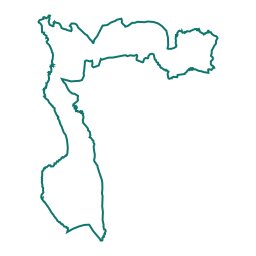 Uvinza, Kigoma, United Republic of Tanzania (Robinson projection)
{"feature_id": "72390352B15676475935925", "entity_name": "Uvinza", "entity_type": "district", "adm_level": 2, "iso_a3": "TZA", "parent_name": "United Republic of Tanzania", "parent_adm1": "Kigoma", "projection": "robinson", "projection_center": [30.139, -5.704], "detail": "fine", "context": "isolated", "style": "outline", "palette": "teal", "viewbox_px": 256, "rotation_deg": 0, "n_neighbors": 0, "source": "geoboundaries", "source_scale": "gbopen_adm2", "svg_char_len": 5477}
<svg xmlns="http://www.w3.org/2000/svg" viewBox="0 0 256 256"><path d="M208.4,72.8L208.2,69.6L209.0,69.2L211.6,69.9L213.0,68.0L214.2,67.8L213.9,66.9L212.4,65.6L211.5,65.3L210.8,64.0L210.9,61.3L212.8,59.4L212.9,58.5L212.6,57.2L211.1,56.1L211.0,55.6L211.7,53.2L211.7,50.7L214.7,45.1L215.9,43.8L216.1,40.6L217.5,38.2L217.3,37.4L216.2,36.2L214.4,35.7L212.0,34.2L211.0,32.6L211.5,31.8L210.5,32.4L209.3,32.1L208.7,32.4L208.1,31.5L208.4,30.8L208.1,30.8L206.8,32.9L205.3,33.1L204.8,34.0L203.7,34.5L203.1,33.6L200.1,32.0L198.9,28.9L197.6,29.6L197.8,30.4L196.9,30.2L196.7,29.0L194.8,29.1L190.6,30.9L190.0,31.5L186.9,31.2L186.3,31.9L185.3,31.9L185.4,32.4L184.8,33.0L184.1,32.4L182.5,32.7L181.9,31.2L181.8,31.6L179.7,30.8L179.5,31.5L179.4,30.9L178.5,31.2L177.2,33.2L177.5,34.5L176.4,34.8L177.1,35.8L176.6,36.5L175.9,36.2L175.6,38.8L176.0,40.9L175.6,42.6L176.4,45.6L176.0,46.0L176.1,46.7L173.8,48.1L171.2,48.8L168.0,48.8L167.5,48.4L168.2,45.3L168.0,37.9L166.4,30.9L162.3,26.4L159.9,24.6L157.9,23.4L153.6,22.0L147.9,21.5L144.3,22.2L137.6,21.8L134.8,22.8L132.2,22.8L127.7,26.0L125.4,26.7L125.0,25.8L122.8,23.9L121.8,22.6L121.9,20.4L121.3,18.7L116.7,19.8L115.6,20.8L111.1,22.4L107.4,25.0L102.6,25.6L97.2,36.1L94.3,39.8L93.5,42.9L93.2,43.0L92.8,42.9L91.6,40.7L90.1,39.5L86.9,35.1L85.3,34.3L78.1,27.5L77.2,25.5L76.0,24.2L74.6,23.6L71.6,23.5L70.8,24.4L69.8,25.9L70.8,26.5L71.6,28.1L71.6,30.3L71.2,31.1L66.8,30.0L66.2,29.4L64.2,29.1L61.5,28.0L61.0,26.1L59.3,23.5L54.9,22.3L54.5,21.5L53.5,22.6L54.0,23.8L53.3,25.1L53.4,26.1L52.9,26.3L49.6,24.7L48.6,21.5L49.5,19.0L49.3,17.3L50.0,15.7L49.1,15.4L48.4,16.1L48.4,16.8L46.3,18.3L45.8,17.9L45.4,18.0L44.5,17.1L44.0,17.1L43.3,17.4L43.4,19.0L39.6,20.1L38.5,21.9L39.0,22.7L40.6,23.7L41.8,25.6L42.1,32.4L44.2,32.6L43.9,34.1L46.5,35.8L46.3,38.0L47.1,37.7L47.9,38.5L48.2,39.8L46.6,41.6L47.3,43.1L49.3,45.2L50.3,47.0L51.8,50.9L51.9,52.2L52.7,53.0L53.0,55.3L52.6,59.6L52.0,60.6L51.9,62.2L52.4,63.0L52.1,64.1L52.6,64.3L52.1,64.4L52.3,65.1L51.9,64.7L52.1,65.2L51.9,65.3L52.4,65.6L51.6,65.6L52.1,66.1L51.1,66.8L51.6,67.0L50.7,66.9L51.4,68.8L51.3,71.8L50.7,72.3L48.7,72.0L48.3,72.5L49.0,73.0L49.5,72.8L49.8,73.4L49.8,74.2L48.8,74.3L48.5,75.0L49.0,77.9L48.9,79.9L46.8,83.6L46.4,83.5L46.7,85.2L46.0,86.2L46.3,87.0L46.1,87.7L45.3,87.6L45.1,88.3L44.0,88.7L44.3,89.6L44.2,90.3L43.8,90.3L44.2,90.8L44.0,93.0L45.0,95.0L45.2,96.3L44.1,96.5L45.7,98.5L48.0,100.1L49.4,102.9L50.8,104.2L51.7,105.6L52.5,105.7L53.1,107.2L54.7,108.3L54.5,110.3L56.4,114.4L57.8,116.7L58.2,116.7L58.4,117.6L57.9,117.9L57.9,118.4L59.5,121.0L59.4,121.7L60.2,123.0L60.0,123.5L61.6,126.5L63.7,132.4L65.7,135.0L67.0,140.0L67.8,147.7L67.4,153.2L66.8,155.1L66.2,155.7L65.9,155.4L63.5,157.6L62.6,157.1L62.0,157.8L61.7,157.7L60.6,159.6L59.1,160.0L58.2,161.6L57.0,161.4L55.8,163.7L55.2,163.9L54.5,163.5L54.1,165.2L53.2,166.3L51.0,166.5L50.5,165.8L49.9,165.6L50.2,165.4L51.1,166.5L50.4,165.3L48.8,165.3L46.7,167.2L45.2,167.4L45.0,168.4L43.9,168.4L43.3,170.6L42.2,171.4L42.2,175.9L41.7,177.8L42.1,178.4L41.8,179.6L42.2,180.8L41.8,182.0L42.5,185.1L42.2,186.5L43.2,188.0L43.0,190.4L43.4,192.3L42.5,193.9L41.9,194.2L41.4,195.6L41.2,197.3L41.7,198.5L42.7,197.9L42.3,199.4L43.8,201.7L44.4,201.7L45.1,202.7L49.1,208.4L52.0,213.4L53.5,214.9L53.9,216.0L56.2,218.7L57.5,220.9L59.1,222.2L59.9,222.1L60.7,223.6L61.6,223.6L62.0,224.4L62.7,224.4L64.2,226.5L66.3,226.8L66.7,227.2L66.6,227.8L67.8,228.0L67.9,229.8L67.2,232.1L73.0,228.8L79.3,226.3L84.6,224.9L89.2,224.7L93.4,231.3L99.7,238.7L100.6,240.5L101.9,240.6L102.5,240.0L102.3,238.0L102.7,237.4L103.6,237.3L104.0,236.6L103.6,235.6L104.7,234.4L104.5,233.8L105.0,233.5L104.8,232.9L105.7,231.2L105.3,229.7L104.1,229.4L103.5,226.9L103.6,224.7L102.6,219.9L102.9,212.0L102.2,206.4L102.6,196.4L102.0,193.2L102.4,188.8L102.3,183.0L101.8,179.8L99.2,172.3L97.6,167.1L97.5,165.8L94.3,161.2L94.1,159.9L94.7,157.3L94.8,154.5L93.9,149.6L93.7,146.0L94.3,144.9L94.3,143.8L93.4,142.5L93.5,141.1L93.1,140.5L92.5,140.2L91.2,138.0L89.6,137.3L90.4,135.5L89.7,131.7L88.0,130.0L88.0,128.9L87.5,127.9L83.1,122.7L82.8,120.0L83.4,118.2L83.5,116.6L82.8,114.8L83.1,114.0L81.6,113.2L82.5,112.2L82.4,111.9L81.4,112.3L81.8,112.1L81.7,111.2L80.6,111.1L80.1,112.3L79.4,111.7L78.1,111.8L77.7,111.0L75.9,111.1L75.9,109.6L76.9,107.5L76.7,107.0L76.2,106.9L75.4,108.3L74.6,108.5L74.4,107.6L75.3,107.1L75.6,105.9L74.6,106.0L74.0,105.3L73.2,105.5L73.4,104.3L77.5,101.1L78.0,99.8L77.6,99.0L78.0,95.9L74.5,93.8L72.2,93.5L69.5,91.3L67.7,88.7L65.4,83.8L63.2,81.6L61.9,79.0L71.2,81.4L79.6,80.8L82.0,80.0L84.1,75.5L83.6,73.7L84.3,69.4L85.0,61.2L86.4,60.4L89.9,61.4L92.1,60.7L92.5,64.0L92.0,65.7L92.7,66.9L93.7,67.3L98.8,65.4L100.8,59.0L101.8,59.7L108.2,57.7L113.3,57.5L123.9,55.4L126.1,55.3L127.0,56.1L127.6,56.1L130.2,55.3L134.2,55.8L136.5,54.9L137.1,55.3L137.3,56.3L136.5,58.4L136.7,60.0L142.4,62.3L143.2,62.0L144.0,59.3L145.5,58.0L147.8,58.3L148.2,58.0L148.4,56.1L149.8,54.4L150.7,53.9L152.7,53.9L153.5,54.4L153.9,55.2L154.8,59.5L155.8,60.0L156.6,62.2L158.1,62.7L158.0,64.4L158.7,64.9L159.4,64.8L160.4,66.3L160.2,66.9L160.9,67.8L162.1,68.2L163.8,69.6L165.0,69.7L165.4,70.4L166.1,70.0L166.3,70.5L167.4,70.6L167.5,71.1L168.5,71.7L167.6,73.7L167.7,74.6L168.3,77.8L168.5,78.4L169.6,78.8L171.4,77.9L171.9,78.2L172.3,77.5L173.2,76.8L177.2,77.2L177.6,75.0L184.7,74.0L185.2,73.0L186.5,72.1L187.6,70.3L189.2,70.2L190.5,69.6L191.7,69.8L191.7,69.3L190.9,69.4L189.6,68.7L190.5,68.2L192.6,68.0L193.0,68.3L192.8,69.4L195.3,69.3L198.6,70.8L202.4,71.5L203.1,72.0L208.4,72.8Z" fill="none" stroke="#0f766e" stroke-width="2"/></svg>